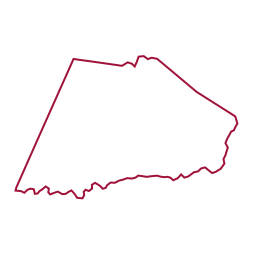 outline of Itatuba, Paraíba, Brazil, rotated 3°
{"feature_id": "56859067B64331491901098", "entity_name": "Itatuba", "entity_type": "district", "adm_level": 2, "iso_a3": "BRA", "parent_name": "Brazil", "parent_adm1": "Paraíba", "projection": "orthographic", "projection_center": [-35.643, -7.404], "detail": "fine", "context": "isolated", "style": "outline", "palette": "rose", "viewbox_px": 256, "rotation_deg": 3, "n_neighbors": 0, "source": "geoboundaries", "source_scale": "gbopen_adm2", "svg_char_len": 1253}
<svg xmlns="http://www.w3.org/2000/svg" viewBox="0 0 256 256"><g transform="rotate(3 128 128)"><path d="M186.8,174.6L190.6,173.3L196.1,168.8L200.3,167.6L203.1,164.6L207.0,163.3L211.0,166.2L214.4,168.6L217.9,167.2L222.8,163.8L226.1,158.5L225.0,154.0L226.7,150.2L227.5,146.8L228.7,142.3L226.1,138.0L227.8,133.1L229.4,130.0L231.2,126.2L233.9,124.7L235.1,121.5L237.0,117.8L234.5,110.8L194.7,88.4L153.5,57.4L147.9,56.6L144.2,58.2L140.0,55.4L134.9,56.2L133.3,61.5L131.5,66.2L128.5,63.6L124.2,62.5L118.8,66.2L85.0,63.2L78.5,62.7L70.0,61.9L59.5,89.2L39.4,141.4L19.5,193.5L19.0,196.4L24.3,196.6L27.9,198.1L30.9,194.9L33.9,193.7L37.1,194.1L38.4,198.6L41.2,198.1L42.9,195.7L45.5,193.8L48.9,190.7L52.1,192.6L51.8,196.4L53.8,198.4L56.7,197.0L61.3,195.2L65.8,197.5L69.3,197.0L71.8,195.0L74.8,193.3L78.2,196.7L80.9,200.4L86.2,200.6L87.8,197.2L87.1,194.1L88.9,191.9L92.3,193.0L95.3,190.3L94.9,186.7L97.9,184.5L101.0,186.0L103.5,187.6L106.0,190.0L108.9,188.9L110.1,186.3L113.4,183.4L117.8,183.4L121.6,181.1L125.8,179.8L129.8,178.1L134.3,178.3L138.1,177.2L140.6,175.0L144.5,175.3L149.2,175.8L153.9,174.9L159.5,174.1L163.2,174.9L166.9,175.2L169.8,174.7L172.8,175.3L176.0,177.8L180.3,175.5L183.5,171.6L186.8,174.6Z" fill="none" stroke="#9f1239" stroke-width="2"/></g></svg>